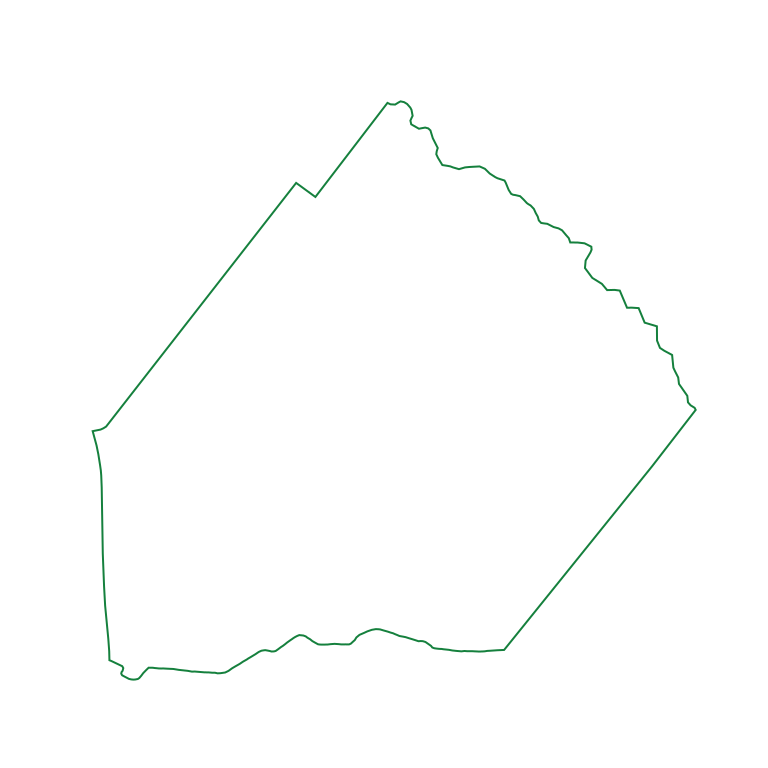 Hurlingham, Buenos Aires, Argentina, rotated 83°
{"feature_id": "61730980B67082136706980", "entity_name": "Hurlingham", "entity_type": "district", "adm_level": 2, "iso_a3": "ARG", "parent_name": "Argentina", "parent_adm1": "Buenos Aires", "projection": "albers", "projection_center": [-58.642, -34.598], "detail": "fine", "context": "isolated", "style": "outline", "palette": "green", "viewbox_px": 768, "rotation_deg": 83, "n_neighbors": 0, "source": "geoboundaries", "source_scale": "gbopen_adm2", "svg_char_len": 3191}
<svg xmlns="http://www.w3.org/2000/svg" viewBox="0 0 768 768"><g transform="rotate(83 384 384)"><path d="M105.4,346.3L190.0,429.3L173.7,446.7L392.4,665.0L393.8,668.0L394.7,670.9L395.3,678.9L410.0,676.8L418.9,676.1L430.1,675.7L435.2,675.6L440.2,675.8L452.3,676.8L518.2,683.8L550.7,686.5L570.0,687.8L603.3,688.7L615.6,689.3L624.7,690.2L625.7,688.4L632.2,678.2L634.2,677.4L636.8,678.4L638.0,679.6L639.5,680.1L641.2,679.4L642.7,677.3L643.8,675.7L645.6,673.1L646.4,670.9L646.8,669.1L647.0,667.2L646.8,664.3L646.0,662.7L644.0,660.5L641.6,658.2L639.1,655.1L636.9,652.2L637.2,650.0L637.5,647.9L638.0,646.1L638.4,644.2L638.9,642.1L639.2,640.1L639.5,637.4L640.3,633.0L641.2,627.7L642.7,622.6L644.8,613.7L646.1,609.6L646.3,607.0L647.5,601.2L648.3,597.4L648.9,593.1L649.6,589.9L650.0,586.9L650.9,584.4L651.1,581.6L651.0,576.8L649.8,573.3L648.7,571.3L647.7,569.5L646.2,566.1L644.2,561.3L642.4,557.8L640.7,553.7L639.9,552.2L639.1,550.3L636.5,544.5L634.7,541.0L633.8,538.2L633.7,536.2L633.7,534.3L634.3,532.3L635.1,529.9L635.8,528.3L636.0,525.9L635.8,524.1L634.3,521.3L632.5,518.2L631.6,516.3L630.2,513.9L628.8,511.7L626.8,508.0L626.0,506.4L625.1,504.8L624.2,502.8L623.5,500.9L622.9,498.7L623.8,494.7L625.0,492.4L626.5,490.9L628.4,488.4L630.4,486.5L632.2,484.1L634.3,481.2L634.8,479.3L635.2,476.7L635.7,471.8L635.7,468.8L635.9,464.7L636.7,460.5L637.3,458.0L637.7,454.2L638.2,450.4L637.7,448.6L635.9,446.1L634.6,444.2L632.2,442.3L630.0,438.9L629.3,436.5L628.6,434.1L627.5,430.7L626.5,426.0L626.3,422.0L626.7,419.6L627.1,417.8L628.5,414.6L630.3,410.3L631.6,407.6L632.5,405.4L633.6,403.6L634.8,401.4L636.0,399.4L637.1,395.8L637.9,393.4L639.5,389.9L640.5,387.6L642.0,384.3L643.5,381.1L643.6,378.9L644.0,376.8L645.1,374.3L648.6,370.4L649.7,369.2L651.4,368.2L652.4,366.3L652.9,364.5L653.6,361.6L654.0,359.1L654.5,357.4L655.4,353.5L655.8,351.8L656.8,348.7L657.7,344.9L658.8,339.7L658.8,336.7L659.3,334.2L659.6,331.9L659.9,329.4L661.1,322.5L661.4,319.6L661.6,316.6L661.5,314.1L661.7,311.0L662.0,305.5L662.1,303.6L662.4,299.9L662.6,297.2L498.2,127.8L447.7,77.8L445.5,78.6L442.5,82.3L439.3,84.5L432.7,84.4L419.9,91.2L413.4,91.2L406.8,93.6L403.1,94.8L390.3,94.5L385.2,101.7L381.8,105.7L374.2,107.7L360.0,106.1L354.9,117.8L339.7,122.0L338.5,128.4L337.9,133.5L320.0,138.6L318.7,143.7L318.0,151.1L311.2,155.5L304.1,164.3L293.4,170.4L286.0,168.8L278.6,163.1L276.0,161.6L273.0,161.5L268.8,167.8L267.2,174.5L266.2,181.9L261.8,182.8L258.3,185.2L254.6,187.6L253.1,188.6L250.8,191.8L248.9,196.5L247.0,199.3L244.9,202.4L244.1,205.6L243.3,208.4L240.5,210.4L236.6,211.0L232.7,212.6L228.5,213.9L224.7,216.7L223.1,218.8L221.8,220.2L217.9,223.0L214.2,226.0L212.5,230.6L211.9,232.8L210.8,234.6L206.6,236.6L198.9,238.7L196.7,239.6L193.6,246.3L192.2,248.4L188.0,253.4L182.7,257.6L179.7,262.6L179.0,272.8L178.9,277.2L179.9,283.4L177.4,289.2L176.1,291.6L175.3,294.1L174.3,297.6L173.8,299.4L166.0,302.9L162.3,304.1L159.4,303.3L156.3,301.9L146.0,305.6L140.4,306.6L138.0,307.0L135.7,308.9L134.5,311.9L134.7,315.3L134.9,318.2L129.6,325.3L125.8,325.7L123.1,324.1L121.3,322.9L115.3,323.3L112.9,324.2L108.9,326.9L106.7,329.7L105.5,333.1L106.3,335.2L108.0,338.9L107.2,343.5L105.4,346.3Z" fill="none" stroke="#15803d" stroke-width="2"/></g></svg>